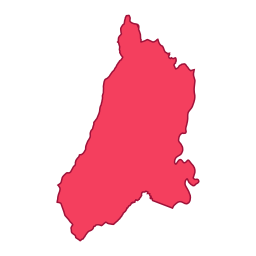 outline of Toro, Valle del Cauca, Colombia
{"feature_id": "7082276B37830397780712", "entity_name": "Toro", "entity_type": "district", "adm_level": 2, "iso_a3": "COL", "parent_name": "Colombia", "parent_adm1": "Valle del Cauca", "projection": "equal_earth", "projection_center": [-76.078, 4.647], "detail": "fine", "context": "isolated", "style": "filled", "palette": "rose", "viewbox_px": 256, "rotation_deg": 0, "n_neighbors": 0, "source": "geoboundaries", "source_scale": "gbopen_adm2", "svg_char_len": 5822}
<svg xmlns="http://www.w3.org/2000/svg" viewBox="0 0 256 256"><path d="M126.4,15.7L125.3,17.9L125.3,18.5L124.7,20.4L124.3,23.1L124.1,23.8L123.9,24.1L122.7,25.0L121.6,26.7L120.8,28.2L120.7,29.0L121.0,32.2L121.4,33.9L120.7,34.9L119.5,36.1L118.6,37.6L118.4,38.9L118.3,41.1L118.2,41.4L117.6,42.0L117.8,42.2L118.5,42.5L118.6,42.8L118.8,43.7L119.7,46.7L119.4,49.8L119.9,51.1L119.8,52.7L120.5,53.8L120.8,54.7L122.1,56.4L122.6,56.8L122.7,57.2L122.0,58.6L121.0,59.9L120.9,60.1L119.6,60.9L119.2,61.9L118.6,62.3L117.9,63.6L116.9,65.0L116.0,67.0L115.1,68.1L114.0,70.3L112.4,71.8L110.4,74.6L109.3,76.4L107.3,78.3L106.2,78.8L105.1,79.5L104.7,80.2L104.1,81.9L103.4,86.3L103.5,88.7L103.4,90.8L103.4,92.3L103.4,92.7L102.4,95.8L102.5,97.7L102.4,99.1L102.1,100.3L102.0,101.5L101.7,102.3L101.1,105.0L100.5,106.1L100.1,107.4L99.8,109.3L99.6,111.2L99.4,112.1L98.9,113.7L96.9,118.5L95.7,120.0L95.1,120.9L94.2,121.9L93.9,122.4L93.8,123.0L93.9,123.9L93.7,124.8L93.2,126.2L92.6,128.7L92.2,129.3L91.1,130.6L90.4,132.4L90.2,133.6L90.3,136.0L90.0,137.5L88.7,139.8L87.8,141.1L86.5,144.3L86.0,145.7L85.7,147.1L85.6,149.5L83.9,152.4L83.1,153.4L81.4,154.6L81.0,154.7L80.0,154.7L79.4,155.0L79.2,155.9L78.8,156.8L77.3,158.4L76.0,160.3L75.4,162.4L75.4,164.2L75.0,165.1L74.8,165.6L73.7,166.3L73.4,166.8L70.7,171.8L69.8,172.6L69.0,172.9L67.2,172.8L66.7,172.9L65.9,173.5L63.7,175.6L62.8,176.7L62.3,177.5L61.1,182.3L60.5,183.2L59.8,183.8L57.9,185.1L58.5,185.7L59.8,187.7L60.0,188.5L60.0,189.7L59.7,191.2L58.4,194.8L57.9,197.0L57.7,199.2L57.2,201.4L57.2,202.3L58.5,202.4L60.3,203.0L60.8,203.3L61.0,203.6L63.9,211.7L64.9,215.2L65.2,215.7L68.5,219.4L70.3,221.9L71.6,223.1L72.7,224.6L72.6,225.1L71.7,226.3L71.0,228.0L71.3,229.7L71.4,231.4L71.6,232.3L71.8,232.7L72.9,233.7L75.1,235.3L75.5,236.1L75.7,237.4L76.0,237.8L78.9,239.7L80.0,240.6L80.5,240.6L81.6,239.4L83.2,238.8L84.1,237.2L84.7,236.7L85.4,235.3L87.0,233.1L88.0,231.9L89.4,230.9L90.0,230.8L91.6,230.0L92.7,229.0L93.0,228.6L93.4,227.6L93.7,226.6L93.8,226.4L94.9,226.3L95.9,225.1L97.0,224.8L98.5,224.8L99.3,224.9L101.4,225.6L102.3,225.1L104.4,223.2L105.8,222.2L106.8,222.6L107.4,223.2L108.9,223.7L112.4,224.3L113.7,224.3L113.8,224.1L114.5,223.3L115.7,222.5L116.2,221.8L117.6,220.8L118.6,219.5L119.6,218.8L120.0,218.2L120.6,217.2L121.5,216.5L121.9,215.5L122.8,214.3L123.2,213.2L125.5,211.1L126.0,210.1L126.4,209.8L126.8,208.1L127.4,208.1L127.6,207.9L128.9,205.8L129.6,205.7L130.3,205.1L130.7,204.3L131.0,204.2L131.3,203.2L131.5,202.9L132.2,202.5L132.7,202.9L133.0,202.3L134.2,202.3L134.8,202.2L135.0,201.0L135.6,200.5L135.8,199.8L136.2,199.8L137.1,200.4L137.5,200.5L137.9,200.3L138.6,199.4L139.2,199.3L139.7,198.1L140.5,197.4L140.7,196.8L141.6,195.5L141.6,195.0L141.5,194.1L141.7,193.4L141.8,193.0L142.2,192.3L142.8,192.0L144.8,192.0L145.7,191.3L146.4,191.4L147.9,192.1L147.5,193.4L147.9,193.3L148.2,193.6L149.7,193.8L149.6,194.3L149.9,195.7L150.7,196.1L151.0,196.2L151.1,197.1L150.5,197.0L150.4,197.2L150.2,198.0L150.3,198.3L150.5,198.6L151.1,198.6L151.6,198.1L152.3,198.9L152.1,199.1L152.2,199.4L152.6,200.5L172.5,208.1L173.5,206.1L174.1,205.3L176.2,203.4L177.9,202.2L179.4,201.7L181.1,201.7L183.0,202.5L184.7,203.4L186.4,203.8L187.1,203.7L188.6,202.8L189.2,202.1L189.6,201.4L190.0,200.5L190.3,198.4L190.4,197.4L190.2,195.5L188.6,191.3L187.9,190.0L185.6,185.9L185.2,184.9L185.0,183.6L185.1,182.4L185.3,181.2L185.6,180.4L186.6,179.1L186.9,178.9L187.4,179.0L188.9,182.3L190.9,184.3L192.8,185.6L193.7,185.7L194.4,185.5L194.9,185.1L196.0,184.0L197.6,183.1L198.4,182.3L198.7,181.8L198.8,181.5L198.7,180.8L198.3,179.9L198.0,179.6L197.3,179.3L196.9,179.2L196.3,179.4L194.9,179.4L193.9,178.8L193.3,178.1L193.2,177.8L194.6,173.4L194.9,172.2L194.9,170.0L194.7,169.2L194.4,167.9L193.1,165.6L191.4,163.7L189.7,161.5L188.9,160.5L188.5,160.2L187.8,160.2L187.3,160.6L186.0,162.0L185.5,162.4L184.4,162.8L184.0,162.8L183.7,162.6L183.0,162.0L182.3,160.9L181.2,159.9L180.7,159.6L179.6,159.7L179.0,160.1L177.9,161.4L176.4,163.7L175.8,164.1L175.4,164.0L174.8,163.0L174.6,162.7L174.6,161.7L174.7,160.5L175.0,159.4L175.9,157.7L176.5,157.1L177.8,156.2L180.6,154.5L181.0,154.0L181.7,153.0L182.5,151.1L182.7,150.2L182.7,149.2L182.6,147.9L182.4,146.9L181.0,144.2L179.2,142.0L178.6,140.8L178.6,139.7L178.9,137.5L179.2,136.6L179.7,135.5L180.3,134.6L181.0,133.9L182.2,133.2L182.6,133.1L183.0,133.3L184.2,133.3L185.4,133.1L185.8,132.7L186.0,132.1L186.1,131.5L185.7,129.1L185.8,128.1L186.0,127.0L186.6,125.0L187.4,121.4L187.7,118.8L187.7,114.8L188.1,112.7L188.5,111.9L189.1,111.0L191.4,108.1L192.3,106.6L193.9,102.1L194.6,99.3L194.8,97.4L194.8,95.5L194.3,92.5L194.1,89.6L194.2,87.7L194.9,81.3L194.9,80.3L193.6,75.8L193.5,74.3L193.5,73.5L194.2,69.7L193.2,69.9L190.7,70.7L190.3,70.4L188.8,69.0L187.8,67.4L186.7,66.2L185.7,64.7L184.8,64.0L184.2,63.9L181.7,64.3L181.0,64.8L180.8,65.1L180.0,65.3L179.5,65.6L178.9,66.4L178.4,67.3L177.8,67.9L176.2,68.8L175.6,68.8L175.2,68.1L174.6,66.6L174.0,65.5L174.0,65.0L174.1,64.6L174.6,63.7L175.5,63.0L175.6,62.0L176.2,60.9L176.0,60.0L176.1,59.2L175.7,58.1L175.2,57.8L174.2,58.3L173.4,58.6L172.4,58.4L171.3,57.7L171.1,57.8L170.8,58.3L170.6,58.5L170.2,58.5L169.3,58.0L168.8,57.1L168.6,55.9L169.3,55.1L169.6,54.5L169.3,53.7L169.5,53.2L169.0,53.2L168.1,53.9L167.5,53.7L167.0,53.0L165.3,52.2L164.3,50.5L163.4,47.9L162.5,46.2L161.2,45.6L160.5,45.0L159.9,44.4L159.3,43.4L158.7,42.2L158.0,39.7L157.8,39.3L156.9,39.8L156.2,40.6L155.6,41.0L154.4,41.7L153.7,41.9L152.8,42.0L152.3,41.8L147.6,39.6L147.0,39.7L145.1,40.7L143.8,41.2L142.1,41.7L141.4,41.9L140.9,41.8L141.1,39.7L140.7,39.1L140.6,38.5L140.4,34.6L139.5,31.7L138.6,29.3L138.8,28.0L138.8,26.5L138.6,25.6L138.1,25.0L137.9,26.2L137.5,25.3L137.1,24.6L136.2,24.0L134.5,23.8L132.8,23.3L131.2,22.5L130.6,22.0L130.0,21.3L129.9,19.8L130.1,19.1L130.1,17.8L129.4,16.0L129.1,15.5L128.7,15.4L126.6,15.7L126.4,15.7Z" fill="#f43f5e" stroke="#9f1239" stroke-width="1.5"/></svg>